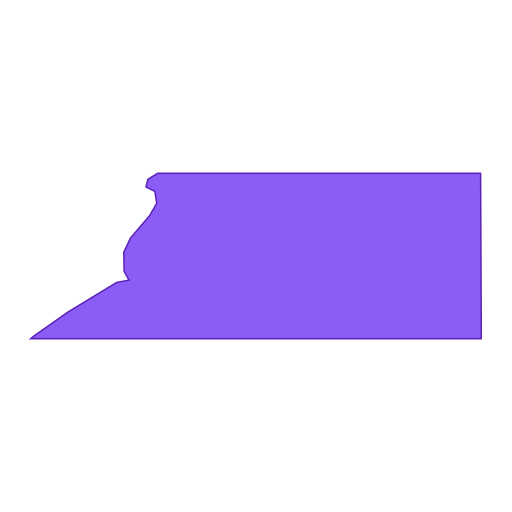 outline of Bristol Bay, Alaska, United States of America
{"feature_id": "52423323B97700503252046", "entity_name": "Bristol Bay", "entity_type": "district", "adm_level": 2, "iso_a3": "USA", "parent_name": "United States of America", "parent_adm1": "Alaska", "projection": "natural_earth1", "projection_center": [-156.978, 58.751], "detail": "fine", "context": "isolated", "style": "filled", "palette": "violet", "viewbox_px": 512, "rotation_deg": 0, "n_neighbors": 0, "source": "geoboundaries", "source_scale": "gbopen_adm2", "svg_char_len": 333}
<svg xmlns="http://www.w3.org/2000/svg" viewBox="0 0 512 512"><path d="M157.6,173.3L147.8,179.4L146.0,187.0L154.9,191.4L156.7,203.4L149.7,215.5L130.4,238.1L123.8,252.3L124.1,271.4L129.0,280.1L116.5,282.5L68.3,311.8L33.6,336.2L30.7,338.7L481.3,338.7L480.6,173.3L157.6,173.3Z" fill="#8b5cf6" stroke="#5b21b6" stroke-width="1.5"/></svg>